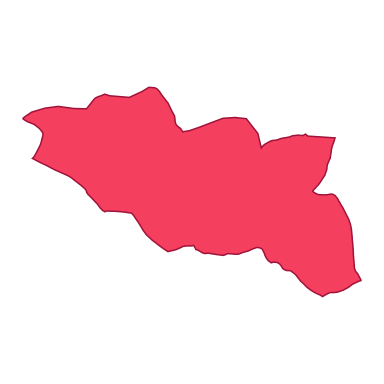 outline of Beausejour, Gros Islet, Saint Lucia
{"feature_id": "8701671B92902112367309", "entity_name": "Beausejour", "entity_type": "district", "adm_level": 2, "iso_a3": "LCA", "parent_name": "Saint Lucia", "parent_adm1": "Gros Islet", "projection": "mercator", "projection_center": [-60.935, 14.076], "detail": "fine", "context": "isolated", "style": "filled", "palette": "rose", "viewbox_px": 384, "rotation_deg": 0, "n_neighbors": 0, "source": "geoboundaries", "source_scale": "gbopen_adm2", "svg_char_len": 5743}
<svg xmlns="http://www.w3.org/2000/svg" viewBox="0 0 384 384"><path d="M338.1,199.5L337.8,199.0L337.3,198.4L336.9,197.7L336.3,197.1L335.9,196.5L335.4,195.9L334.8,195.4L334.2,195.0L333.7,194.7L333.1,194.4L332.4,194.2L331.6,194.1L330.8,194.1L330.0,194.2L329.3,194.4L328.6,194.5L327.9,194.6L327.2,194.7L326.6,194.8L325.9,194.8L325.3,194.8L324.7,194.8L324.2,194.8L323.6,194.8L323.1,194.8L322.6,194.8L322.1,194.8L321.5,194.8L321.0,194.8L320.5,194.7L319.9,194.7L319.3,194.6L318.7,194.6L318.0,194.4L317.4,194.2L316.8,193.9L316.2,193.7L315.7,193.4L315.2,193.1L314.7,192.9L314.2,192.5L313.7,192.2L313.2,191.8L312.7,191.5L312.8,190.8L314.5,189.0L316.0,187.3L318.6,184.5L320.8,181.5L321.3,180.6L321.5,180.3L322.3,179.0L323.0,178.0L323.9,176.5L324.8,175.4L324.9,175.0L325.1,174.1L325.6,173.1L326.0,171.9L326.4,170.7L326.8,169.6L326.9,168.5L326.9,167.4L327.2,165.9L327.3,165.0L327.7,163.9L328.0,163.1L328.7,161.5L329.0,160.6L329.5,159.5L330.0,158.7L330.3,158.0L330.3,157.3L330.5,156.1L330.6,155.0L330.8,154.2L331.1,152.3L331.3,150.5L331.5,149.3L331.8,147.9L332.0,147.0L332.4,145.8L332.7,144.9L333.3,143.4L333.6,142.5L334.0,141.4L334.3,140.5L334.7,138.9L335.1,137.9L307.9,136.1L307.2,135.5L305.9,134.4L305.4,134.1L304.2,134.8L303.2,135.5L301.8,135.4L300.8,135.4L299.7,135.3L298.7,135.2L297.3,135.1L296.8,135.3L295.8,135.4L294.2,135.6L293.0,135.6L292.2,135.9L291.1,136.3L289.7,136.9L288.8,137.1L287.6,137.3L286.7,137.5L285.1,137.8L284.3,137.9L282.3,138.2L280.8,138.6L276.8,140.0L276.1,140.1L275.1,140.3L274.2,140.3L272.5,140.5L271.5,140.7L270.5,141.1L269.6,141.6L268.1,142.4L266.1,143.5L265.4,143.9L264.2,144.8L263.5,145.3L263.1,145.6L262.7,146.2L261.9,147.0L261.3,147.9L257.8,133.4L246.3,118.7L235.2,117.5L222.9,118.3L199.1,127.3L189.6,130.6L182.8,131.8L181.0,129.3L180.7,128.5L179.7,127.8L178.7,127.2L177.7,126.3L177.0,125.5L176.2,124.7L175.8,123.9L175.4,122.3L175.2,121.3L174.9,120.2L175.0,119.2L174.7,117.6L174.7,116.6L174.3,115.5L173.9,114.8L173.0,113.2L172.6,112.4L172.0,111.4L171.6,110.5L170.9,109.1L170.5,108.2L170.0,107.3L169.6,106.3L168.9,104.8L168.4,104.1L168.0,102.9L167.4,102.3L166.3,100.9L165.8,100.2L165.1,99.4L164.5,98.6L162.4,95.8L161.8,95.1L161.2,94.2L160.7,93.4L159.9,92.1L159.4,91.4L158.6,90.5L157.7,89.6L157.2,89.0L156.6,88.7L155.8,88.2L154.8,87.8L153.8,87.7L152.2,87.6L151.2,87.5L150.3,87.4L148.7,87.4L142.4,91.3L129.3,97.4L109.9,95.8L104.7,94.2L100.4,96.0L99.5,96.2L98.1,96.7L97.2,97.1L96.3,97.6L95.4,98.0L94.2,99.2L93.5,99.9L92.8,100.9L92.1,101.7L91.2,102.9L90.6,103.7L90.0,104.5L89.3,105.2L88.3,106.6L87.7,107.3L87.0,108.2L86.4,108.8L73.8,108.5L58.3,106.4L45.2,108.1L31.7,112.1L25.0,116.6L23.0,118.3L23.2,119.1L27.2,121.6L30.8,123.0L33.9,124.3L35.6,125.5L39.3,128.4L41.4,130.9L42.9,133.1L42.9,135.5L42.0,138.7L41.3,141.8L40.4,144.6L38.8,147.9L36.9,151.6L34.2,156.6L32.4,158.4L39.4,162.1L46.8,165.6L51.8,168.3L54.9,169.9L65.5,174.6L67.9,175.7L69.8,176.7L71.8,178.1L73.5,179.5L80.6,185.0L81.1,185.4L84.9,188.8L86.3,190.5L86.6,192.3L88.1,194.5L90.0,196.3L92.2,198.6L94.7,201.2L97.5,204.2L100.1,207.9L102.7,210.5L104.5,211.5L104.9,211.8L106.6,211.0L112.3,211.2L116.9,211.4L123.6,212.0L128.8,212.8L131.6,213.1L133.7,215.6L136.0,219.1L137.9,221.7L140.0,225.1L141.3,227.2L143.2,230.5L144.7,232.4L146.6,235.0L148.5,236.7L150.6,238.7L152.2,240.2L153.9,241.5L155.6,242.7L157.4,244.2L159.4,245.7L160.6,246.6L162.5,248.0L165.6,250.1L167.6,251.4L168.0,251.6L174.4,250.1L176.9,249.3L180.3,247.8L183.1,246.4L185.7,246.0L188.5,245.9L189.7,245.9L191.8,245.9L193.3,245.5L193.6,245.4L193.8,245.5L196.0,249.7L197.6,249.9L200.1,251.4L202.3,252.8L204.5,253.5L206.6,253.4L208.3,253.1L211.2,253.7L217.0,254.6L220.3,255.0L223.1,255.4L225.7,254.6L227.3,253.7L230.8,253.8L234.5,254.2L238.4,254.2L243.1,252.4L248.2,251.0L252.8,248.9L257.1,247.4L260.2,248.0L262.0,249.0L262.5,249.6L264.2,253.1L265.0,255.4L266.3,258.1L268.2,260.6L271.1,262.8L273.9,262.1L277.3,262.5L279.8,264.1L281.7,266.6L282.5,268.3L284.3,269.6L286.4,270.5L290.4,270.7L293.1,272.6L295.8,274.9L298.4,278.2L300.3,280.8L303.2,283.4L306.9,287.2L310.7,290.1L313.1,291.6L315.9,293.2L318.0,294.1L320.1,295.0L322.6,296.6L323.1,296.3L323.5,296.0L327.0,294.0L330.0,292.6L333.5,292.6L337.6,292.1L343.3,290.1L348.2,287.5L352.6,284.2L358.9,281.2L361.0,280.6L360.8,279.7L357.7,273.8L357.5,273.5L357.2,273.2L356.8,272.8L356.5,272.5L356.2,272.1L356.0,271.8L355.8,271.5L355.5,271.1L355.3,270.6L355.1,270.2L355.0,269.8L354.8,269.3L354.7,268.9L354.6,268.5L354.5,268.0L354.4,267.5L354.4,267.0L354.3,266.5L354.3,265.9L354.2,265.3L354.2,264.7L354.1,264.1L354.1,263.5L354.0,262.8L354.0,262.1L353.9,261.4L353.9,260.7L353.8,260.0L353.7,259.3L353.7,258.6L353.6,257.9L353.6,257.2L353.5,256.5L353.5,255.8L353.4,255.1L353.4,254.4L353.4,253.7L353.3,253.0L353.3,252.3L353.3,251.7L353.3,251.0L353.2,250.4L353.2,249.8L353.1,249.2L353.1,248.6L353.1,248.0L353.0,247.3L352.9,246.6L352.9,245.9L352.8,245.2L352.8,244.6L352.7,244.0L352.7,243.4L352.6,242.8L352.5,242.2L352.5,241.6L352.4,240.9L352.4,240.3L352.3,239.6L352.3,239.0L352.2,238.4L352.2,237.7L352.2,237.0L352.1,236.4L352.0,235.7L352.0,235.0L351.9,234.3L351.8,233.6L351.8,232.9L351.7,232.2L351.6,231.5L351.6,230.8L351.5,230.1L351.4,229.4L351.3,228.7L351.2,228.0L351.0,227.3L350.9,226.6L350.8,225.9L350.6,225.2L350.5,224.6L350.3,224.0L350.1,223.3L349.9,222.7L349.7,222.0L349.4,221.3L349.2,220.6L348.9,219.8L348.6,219.1L348.2,218.4L347.9,217.6L347.5,216.9L347.1,216.2L346.7,215.5L346.4,214.8L346.0,214.1L345.7,213.4L345.4,212.8L345.1,212.1L344.7,211.5L344.4,210.9L344.1,210.3L343.8,209.7L343.5,209.0L343.2,208.4L342.9,207.8L342.6,207.4L342.5,207.1L342.2,206.7L341.8,206.1L341.5,205.5L341.1,204.9L340.7,204.4L340.5,203.9L340.2,203.3L339.9,202.8L339.7,202.3L339.4,201.8L338.9,201.2L338.6,200.6L338.2,199.8L338.1,199.5Z" fill="#f43f5e" stroke="#9f1239" stroke-width="1.5"/></svg>